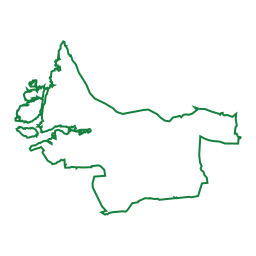 the district of Flekkefjord nor, Vest-Agder, Norway, rotated 90°
{"feature_id": "86288312B20196044889227", "entity_name": "Flekkefjord nor", "entity_type": "district", "adm_level": 2, "iso_a3": "NOR", "parent_name": "Norway", "parent_adm1": "Vest-Agder", "projection": "albers", "projection_center": [6.638, 58.382], "detail": "fine", "context": "isolated", "style": "outline", "palette": "green", "viewbox_px": 256, "rotation_deg": 90, "n_neighbors": 0, "source": "geoboundaries", "source_scale": "gbopen_adm2", "svg_char_len": 5938}
<svg xmlns="http://www.w3.org/2000/svg" viewBox="0 0 256 256"><g transform="rotate(90 128 128)"><path d="M182.9,48.6L177.7,49.2L174.9,51.6L171.7,52.6L170.3,54.6L168.4,55.4L166.1,54.4L162.4,56.0L154.9,56.8L136.3,55.7L138.8,51.0L140.2,47.1L141.0,43.3L141.6,36.3L143.5,31.1L143.6,17.8L139.0,17.5L138.4,16.0L137.4,15.4L136.9,16.2L137.3,17.3L136.4,18.3L133.6,19.4L133.7,21.2L127.4,20.5L125.6,19.2L118.8,20.3L113.8,19.8L116.9,23.7L115.0,28.6L115.4,31.9L114.1,33.3L112.9,33.3L113.2,35.0L114.7,36.0L113.9,36.8L111.6,44.5L109.0,51.2L108.9,56.8L107.3,61.4L109.9,59.1L113.5,63.5L114.8,67.2L114.4,69.3L114.8,72.5L117.2,74.8L116.1,75.9L115.9,76.9L116.4,77.7L117.4,82.9L121.3,86.4L120.7,91.1L117.7,95.4L114.2,98.8L109.6,107.6L109.9,112.0L113.9,133.2L112.4,138.0L111.4,139.9L108.3,142.9L103.5,151.0L98.5,161.3L93.1,166.1L84.5,169.7L72.7,177.1L64.5,180.1L60.2,183.6L55.8,185.0L56.1,185.4L55.9,186.2L54.8,186.3L54.1,187.5L49.0,188.5L46.6,190.0L46.0,189.6L45.6,191.1L42.0,191.5L41.4,192.7L42.1,193.3L43.0,192.5L42.6,193.4L45.3,195.4L48.4,195.4L51.0,197.3L57.1,197.1L56.2,197.7L59.2,198.1L59.3,197.6L58.2,197.0L59.1,196.3L59.8,198.0L59.5,198.3L60.5,198.5L61.1,199.2L60.4,199.9L61.7,200.9L63.9,199.8L65.2,200.9L65.8,200.4L65.5,198.2L66.8,198.1L66.6,196.2L70.1,195.7L70.8,197.3L70.1,197.8L70.7,197.8L68.7,198.0L69.0,198.6L68.1,198.5L68.2,199.3L69.1,201.1L70.5,201.3L70.5,202.3L71.7,204.5L77.1,205.1L77.1,205.9L77.9,206.3L80.2,204.9L81.6,205.7L82.3,204.8L82.2,203.9L83.6,203.8L84.7,205.0L85.3,201.9L85.7,202.7L85.4,203.0L86.8,203.9L86.2,204.3L86.2,205.6L85.9,205.9L88.0,206.5L88.4,207.4L87.7,208.6L88.1,209.2L89.8,209.5L88.8,208.9L89.7,208.0L94.1,209.1L95.7,210.3L103.1,211.1L105.7,212.9L115.7,214.1L118.8,214.0L121.0,213.0L121.9,214.7L123.0,214.7L123.0,215.6L123.8,215.6L125.1,217.1L125.1,218.0L126.0,217.2L126.6,218.1L126.6,216.9L127.2,216.5L126.8,214.3L127.2,214.3L127.7,215.8L128.2,215.3L127.8,215.0L129.3,215.2L131.6,213.8L132.0,214.7L132.5,213.9L131.3,210.7L131.2,209.3L129.7,206.7L129.9,205.8L129.3,204.1L126.2,200.2L126.7,199.4L125.5,196.3L125.6,195.2L126.5,195.3L126.6,189.7L127.1,189.4L127.3,187.0L129.2,187.2L126.7,184.5L127.5,183.8L126.0,181.2L128.5,180.1L129.1,181.4L130.3,181.6L131.3,179.8L131.2,178.9L130.5,178.5L130.4,176.7L129.8,176.1L129.7,168.7L129.0,166.3L130.5,165.2L131.5,165.6L132.2,166.8L131.7,167.2L132.6,167.9L131.6,168.6L131.5,169.5L132.5,170.9L131.3,172.3L133.3,173.3L133.0,174.1L133.9,174.5L134.7,176.3L134.1,176.7L132.0,174.8L130.7,175.7L131.9,177.5L131.3,178.6L131.6,179.8L130.7,181.7L131.0,182.0L129.7,185.4L131.1,185.6L132.0,187.4L133.1,187.4L134.2,189.1L133.4,191.8L131.0,194.1L131.2,194.9L130.0,196.9L129.8,197.6L130.5,200.1L131.0,201.0L133.7,201.0L133.2,201.3L133.4,203.5L135.3,203.9L135.8,203.5L135.8,200.5L138.9,200.3L137.4,203.3L137.5,204.1L138.9,204.8L139.0,206.7L140.2,208.2L141.5,207.7L142.0,205.7L143.0,205.2L143.1,204.4L144.0,204.4L140.7,209.6L141.2,212.8L143.2,216.0L142.9,216.4L143.2,217.4L145.4,220.6L145.3,222.0L146.1,224.6L148.8,226.3L150.0,225.5L150.6,224.6L149.0,221.0L148.0,216.8L147.0,215.0L150.4,212.1L152.2,213.5L153.1,213.2L160.7,208.3L162.7,204.6L164.2,203.6L163.3,199.7L162.1,198.7L161.3,196.3L159.7,194.8L160.3,193.4L159.6,191.5L164.8,191.3L164.7,190.3L166.3,191.1L167.7,190.7L167.6,185.9L166.9,184.5L167.4,179.1L167.9,179.2L167.2,178.3L167.5,173.1L167.2,164.5L166.2,164.5L165.4,158.1L165.8,155.9L169.7,151.8L175.8,150.8L176.6,161.7L183.1,163.4L187.3,163.3L206.4,154.0L210.9,149.8L212.3,154.6L214.6,151.0L214.1,149.9L214.3,148.4L213.1,147.3L212.2,143.3L211.3,133.6L211.6,130.4L210.3,128.7L203.2,123.7L202.3,118.1L201.2,117.6L198.2,111.0L198.5,106.4L198.1,106.3L199.0,101.5L198.8,98.0L199.8,96.7L198.2,81.2L197.6,81.4L198.2,80.0L197.5,79.5L198.1,78.4L196.8,67.1L197.3,64.5L196.0,57.9L183.4,54.0L182.9,48.6ZM99.4,213.1L98.6,213.9L98.4,215.0L98.7,215.1L98.0,216.1L97.7,217.5L98.7,217.8L98.9,218.6L98.4,219.2L99.6,220.1L100.3,222.1L102.0,222.4L100.7,222.7L100.7,223.6L101.5,224.5L101.7,226.6L102.5,227.0L102.6,228.6L104.0,229.6L105.0,227.9L105.6,228.9L105.4,230.2L104.8,230.5L104.6,232.1L105.1,233.1L105.5,232.5L105.9,235.7L110.3,237.6L110.8,238.1L110.3,238.4L110.5,238.7L114.1,239.3L116.7,237.7L116.6,237.2L117.2,237.2L117.0,236.2L117.6,236.0L117.6,236.9L118.0,237.0L115.9,238.4L116.1,239.0L117.6,238.9L117.8,239.1L117.4,239.4L118.3,240.6L120.7,240.4L121.2,235.9L119.0,236.6L121.0,235.3L120.7,234.1L121.3,234.0L121.4,230.7L122.3,231.2L122.0,229.0L122.7,228.5L122.7,227.3L122.1,226.9L122.2,226.2L121.4,224.9L121.4,224.0L119.3,221.5L118.9,220.1L117.8,219.7L117.2,218.2L115.0,217.1L114.9,215.6L111.3,215.9L109.1,214.6L99.4,213.1ZM92.0,212.5L88.4,210.9L88.1,211.1L88.5,211.9L88.0,212.0L85.9,211.7L86.9,212.6L86.5,213.4L86.8,214.5L87.6,214.6L87.2,215.1L89.0,214.8L86.4,216.6L87.0,217.6L88.3,218.7L89.2,217.3L90.0,218.0L89.8,218.7L91.4,218.8L90.8,219.3L89.6,219.2L89.3,219.4L89.7,219.6L89.3,219.7L89.7,221.0L89.3,222.1L90.0,221.3L89.6,222.5L90.0,224.9L90.4,225.8L91.3,225.0L91.5,225.5L90.9,225.9L91.6,226.4L89.2,228.8L91.8,228.1L92.2,230.6L94.6,232.2L99.9,230.6L99.5,230.0L100.6,228.9L100.8,226.0L99.1,223.0L98.3,223.8L97.8,221.3L98.5,221.2L98.2,219.4L96.5,219.0L97.1,218.4L97.6,216.7L97.8,216.4L97.9,216.1L98.2,215.7L98.4,213.9L97.3,213.4L97.4,214.2L97.0,213.1L92.0,212.5ZM133.5,218.0L129.6,220.3L127.8,223.5L128.3,224.1L127.8,225.0L128.5,225.6L128.2,226.2L128.5,227.3L127.9,229.0L128.1,230.4L128.8,230.7L128.3,231.5L128.9,232.3L127.2,234.5L126.9,236.2L127.4,236.3L127.1,237.2L127.4,237.6L128.2,237.5L128.9,239.4L130.6,238.8L131.1,237.1L134.7,233.9L135.9,232.0L136.2,229.9L137.7,228.7L137.6,227.2L136.3,223.3L136.6,222.4L135.6,220.4L136.4,219.5L135.4,219.3L135.7,219.8L135.5,220.1L135.6,220.8L134.8,218.6L134.3,219.1L133.5,218.0ZM82.6,219.6L80.4,219.6L80.2,220.7L81.6,222.1L80.5,221.9L80.5,223.1L81.8,223.5L82.5,226.3L83.2,226.1L83.8,224.5L84.1,224.7L83.8,224.7L84.1,226.7L86.6,225.4L86.4,221.4L87.2,219.6L84.6,219.9L84.9,220.6L83.2,220.5L82.6,219.6Z" fill="none" stroke="#15803d" stroke-width="2"/></g></svg>